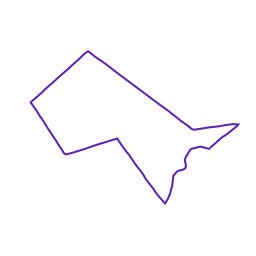 Santa Cruz Verapaz, Alta Verapaz, Guatemala, rotated 294°
{"feature_id": "79465075B71576598572752", "entity_name": "Santa Cruz Verapaz", "entity_type": "district", "adm_level": 2, "iso_a3": "GTM", "parent_name": "Guatemala", "parent_adm1": "Alta Verapaz", "projection": "robinson", "projection_center": [-90.416, 15.333], "detail": "fine", "context": "isolated", "style": "outline", "palette": "violet", "viewbox_px": 256, "rotation_deg": 294, "n_neighbors": 0, "source": "geoboundaries", "source_scale": "gbopen_adm2", "svg_char_len": 1165}
<svg xmlns="http://www.w3.org/2000/svg" viewBox="0 0 256 256"><g transform="rotate(294 128 128)"><path d="M111.7,28.7L109.8,32.2L106.8,37.1L103.3,42.2L99.5,48.5L96.4,52.9L94.3,56.0L89.9,63.1L85.3,70.1L78.7,80.2L78.6,82.1L82.3,86.8L86.6,91.7L91.7,97.5L98.0,104.1L113.4,121.7L114.0,122.4L113.4,123.2L109.2,130.0L105.7,136.1L104.1,139.6L101.7,143.3L99.7,146.7L97.9,149.5L91.6,161.0L88.6,165.0L82.3,176.8L80.4,179.5L78.8,182.5L78.3,183.4L74.1,192.5L78.9,193.2L85.3,193.2L89.2,192.4L92.3,192.1L102.8,188.9L107.9,190.4L109.4,191.4L111.8,194.7L113.8,196.3L115.4,196.7L117.4,196.1L122.0,192.8L125.4,192.6L133.2,193.7L134.0,193.9L134.8,194.4L140.5,201.9L141.9,210.5L157.2,217.4L163.0,221.1L173.3,226.4L174.9,227.0L176.1,227.3L174.1,222.0L169.2,214.2L168.0,212.6L166.3,210.0L165.0,207.8L163.2,204.6L161.4,201.6L158.6,197.3L155.8,193.0L153.2,189.0L153.1,186.4L154.6,180.9L156.0,173.5L160.0,158.1L162.1,147.9L174.4,93.8L175.3,90.0L177.0,83.4L178.2,77.5L179.2,71.2L181.9,60.6L179.7,58.8L176.1,57.2L172.5,55.8L171.5,55.4L161.5,50.9L157.4,49.3L149.8,45.6L144.5,43.2L141.3,41.9L130.6,36.9L125.4,34.9L113.2,29.2L111.7,28.7Z" fill="none" stroke="#5b21b6" stroke-width="2"/></g></svg>